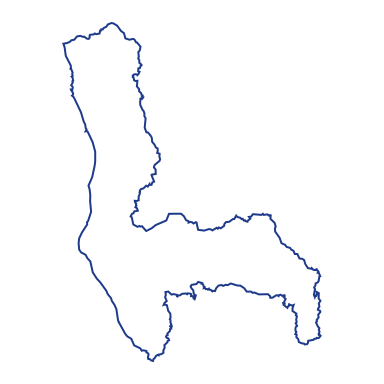 outline of West Santo, Sanma, Vanuatu
{"feature_id": "77236927B51416444743643", "entity_name": "West Santo", "entity_type": "district", "adm_level": 2, "iso_a3": "VUT", "parent_name": "Vanuatu", "parent_adm1": "Sanma", "projection": "orthographic", "projection_center": [166.82, -15.308], "detail": "fine", "context": "isolated", "style": "outline", "palette": "blue", "viewbox_px": 384, "rotation_deg": 0, "n_neighbors": 0, "source": "geoboundaries", "source_scale": "gbopen_adm2", "svg_char_len": 5948}
<svg xmlns="http://www.w3.org/2000/svg" viewBox="0 0 384 384"><path d="M320.2,276.2L318.8,272.9L317.8,272.8L318.5,271.7L317.7,270.5L316.5,270.2L316.5,269.3L314.9,270.0L313.3,269.8L311.7,268.1L311.4,268.8L307.9,268.1L305.3,264.0L304.1,260.0L302.1,258.8L299.5,258.5L297.3,254.0L294.8,254.0L293.5,250.8L291.2,249.6L290.1,247.9L286.6,246.9L285.1,244.8L281.5,243.2L279.6,237.8L275.2,231.6L274.9,228.5L275.7,226.5L274.6,222.8L270.4,218.8L270.7,215.3L269.9,215.1L269.1,215.7L267.5,214.4L263.7,214.9L262.9,213.8L261.4,214.9L252.9,214.2L251.1,216.6L249.0,216.9L250.3,218.7L247.7,220.8L247.5,221.7L245.4,221.1L245.0,220.3L243.8,220.5L242.7,218.8L241.7,219.1L240.1,217.7L237.4,217.0L236.2,215.6L234.3,219.0L232.8,219.1L229.4,221.7L225.8,222.2L224.3,224.2L224.2,225.8L220.7,228.3L218.7,227.5L217.8,228.7L216.6,227.8L212.4,230.4L210.6,229.3L208.8,229.1L204.2,230.6L198.1,229.8L196.5,222.4L195.7,222.2L193.5,223.5L192.3,222.4L190.2,221.9L188.5,222.6L188.4,221.1L186.1,220.2L183.9,216.2L181.0,213.7L169.0,213.8L166.3,220.5L155.8,225.0L151.6,228.3L146.2,231.0L142.0,226.2L140.5,226.6L139.4,226.0L137.5,226.8L133.3,224.5L131.8,217.4L130.6,216.4L132.0,213.8L133.3,213.4L134.3,211.4L137.8,210.7L137.0,208.2L135.4,207.3L136.4,205.6L135.9,205.1L136.2,203.5L135.1,202.4L134.8,200.8L136.3,201.0L138.7,200.3L138.6,196.9L139.9,193.5L139.5,192.3L140.1,191.9L139.9,190.4L141.2,188.9L143.3,188.5L146.2,185.7L147.8,186.6L149.5,184.1L149.7,184.9L151.5,184.8L152.3,182.5L154.1,181.6L151.5,175.1L151.8,174.6L155.7,174.0L155.6,169.5L153.9,167.4L154.6,165.0L159.6,160.8L160.1,159.1L159.4,156.8L159.6,153.7L157.2,152.9L157.8,150.6L157.6,148.4L155.8,147.4L154.5,144.6L152.2,141.9L151.8,138.0L151.1,136.3L148.0,132.5L146.4,132.3L144.7,127.7L145.6,118.3L144.4,116.2L144.4,113.2L143.6,111.0L142.6,110.0L140.3,105.0L140.1,101.6L140.6,99.9L140.3,98.8L141.0,98.4L142.2,98.8L143.3,97.2L142.0,96.5L142.6,95.4L141.5,94.8L141.1,93.1L139.1,91.3L139.1,89.1L136.9,86.4L137.4,80.8L135.7,81.0L134.1,80.3L133.7,78.0L132.8,77.1L133.3,76.6L132.8,75.5L133.8,74.6L135.1,74.2L137.0,74.5L137.3,75.1L138.5,74.0L139.5,71.8L138.2,71.3L138.3,68.4L139.9,68.1L140.5,66.1L141.5,65.4L141.5,64.7L139.3,62.8L139.3,60.1L138.2,58.4L138.8,56.6L138.3,52.2L139.8,50.3L140.5,46.7L137.0,42.5L136.1,42.3L134.3,39.4L133.0,38.9L129.5,39.7L125.4,38.4L124.0,33.2L120.9,30.9L117.2,25.7L113.6,23.5L111.6,23.0L107.9,24.4L106.4,26.7L103.7,28.0L102.7,29.5L101.3,29.3L100.9,30.6L100.1,30.6L99.6,33.5L96.2,34.2L94.8,33.5L93.8,34.4L90.0,34.8L89.5,35.9L89.8,37.3L88.7,38.9L87.0,38.7L84.1,36.6L83.1,36.9L80.4,35.9L77.7,36.3L76.8,36.6L74.3,39.7L71.3,40.3L69.9,41.8L67.2,43.0L63.4,43.7L64.6,47.2L65.8,55.9L70.7,65.4L71.0,68.1L70.5,68.8L71.3,69.3L72.6,72.5L72.2,73.8L72.7,75.8L71.6,76.6L72.5,77.4L73.2,80.7L72.4,81.2L72.7,82.7L71.2,85.2L72.6,86.7L72.7,88.1L72.1,89.6L70.9,89.5L71.1,90.2L72.2,90.5L72.0,91.4L73.1,93.2L73.1,94.6L72.0,95.6L73.9,97.4L81.0,112.4L83.7,121.5L85.3,124.7L85.6,127.8L86.6,129.5L86.3,130.9L85.9,130.7L85.6,131.3L86.9,131.0L87.8,131.9L92.6,142.1L95.2,151.7L95.2,161.4L94.6,166.0L92.2,177.1L88.5,185.7L89.6,189.3L90.3,195.1L90.1,201.1L91.1,211.8L88.1,221.0L87.0,222.2L87.2,224.4L81.9,232.6L79.2,238.3L78.6,243.1L79.2,249.7L81.2,252.5L85.5,254.7L87.4,258.2L90.3,261.4L92.8,272.4L96.8,278.6L100.3,282.4L106.2,290.6L107.8,294.2L111.0,298.1L111.8,300.8L114.5,304.9L116.4,309.2L118.0,320.1L118.5,321.5L118.9,321.0L118.6,321.8L125.2,333.8L127.2,336.3L131.3,338.8L134.1,345.3L140.3,348.4L141.7,350.7L143.4,350.3L146.4,351.0L146.4,352.4L147.5,352.8L148.6,354.3L147.9,357.2L148.3,359.0L149.6,358.9L151.0,360.3L153.0,361.0L153.6,358.9L154.6,358.3L156.1,355.8L157.6,355.0L158.6,355.3L158.6,354.6L161.5,354.1L163.5,352.7L163.3,350.6L164.7,347.6L164.4,345.1L167.3,342.4L167.7,340.9L169.1,340.2L168.4,338.4L166.9,337.9L166.0,336.9L166.6,335.5L167.6,335.2L167.4,333.6L169.9,331.0L170.0,329.1L171.2,328.7L170.8,327.4L171.8,326.7L171.6,325.7L170.4,325.8L171.2,324.2L170.4,322.3L170.6,320.2L169.8,319.3L170.6,317.7L170.3,313.6L168.2,310.8L166.9,305.2L164.8,304.5L163.7,304.9L164.6,302.8L166.7,301.1L165.1,297.0L165.8,295.1L165.5,292.0L168.3,291.6L171.6,294.6L173.5,294.1L176.8,294.8L176.9,296.2L177.5,296.5L177.9,295.5L180.0,295.3L182.1,293.8L185.7,293.5L187.1,294.2L187.5,293.4L190.2,293.6L191.2,294.1L191.0,296.1L193.6,296.2L193.4,297.4L194.4,297.6L193.8,298.6L194.6,299.2L195.8,295.4L195.0,295.2L193.8,293.6L193.2,290.1L191.6,288.5L190.6,286.4L191.6,284.9L196.5,284.0L198.2,281.9L202.0,283.0L201.6,283.7L203.2,284.5L203.7,286.8L204.4,286.9L203.9,288.2L204.9,288.0L205.7,289.1L206.9,288.9L207.8,289.6L208.9,288.7L209.3,289.7L210.7,289.8L212.2,291.3L212.6,290.8L215.1,291.0L216.0,288.5L218.4,285.6L221.6,285.0L223.1,285.9L225.7,284.8L227.8,285.1L230.8,283.5L237.4,285.5L240.5,285.7L244.2,288.2L246.7,291.6L251.0,291.6L252.8,292.9L254.4,292.5L258.9,294.4L267.9,294.2L270.1,296.2L270.3,297.8L272.7,297.6L276.0,295.4L277.3,295.3L278.6,296.0L278.7,295.3L280.2,294.7L282.2,295.5L282.5,296.6L282.6,295.8L283.8,295.4L283.7,296.4L284.6,296.0L284.5,298.0L285.6,299.0L284.2,301.8L284.6,303.4L283.2,303.2L283.6,304.9L287.4,307.8L287.7,306.7L288.8,306.1L289.1,304.3L292.1,305.6L293.6,305.0L292.5,308.4L292.5,311.0L296.4,313.6L295.8,315.2L296.9,316.1L296.2,319.5L296.6,322.2L295.7,323.2L297.1,325.9L295.9,326.9L295.4,328.3L295.6,331.0L296.4,332.0L295.3,334.1L296.7,334.8L296.3,337.0L298.2,339.1L298.9,342.1L302.4,343.5L304.0,343.6L305.0,344.5L307.1,344.1L307.9,343.1L308.2,340.8L313.6,339.8L314.3,338.8L315.8,338.8L316.9,337.8L318.0,338.2L319.1,337.7L320.6,335.8L319.5,334.5L318.8,334.8L318.6,333.9L319.5,332.0L318.8,329.6L319.4,328.2L317.9,326.5L316.0,322.5L317.0,321.2L316.6,320.1L318.6,317.5L318.2,314.7L320.4,311.9L320.0,310.8L317.9,309.8L318.0,308.7L319.4,306.7L318.8,303.4L320.4,300.9L318.6,298.4L318.8,293.2L316.7,292.0L316.9,294.7L316.1,295.1L316.1,296.0L315.1,296.1L314.8,297.1L313.9,294.7L315.0,289.1L314.1,287.4L315.4,285.6L315.6,283.4L317.6,282.5L318.6,281.1L319.4,276.5L320.2,276.2Z" fill="none" stroke="#1e3a8a" stroke-width="2"/></svg>